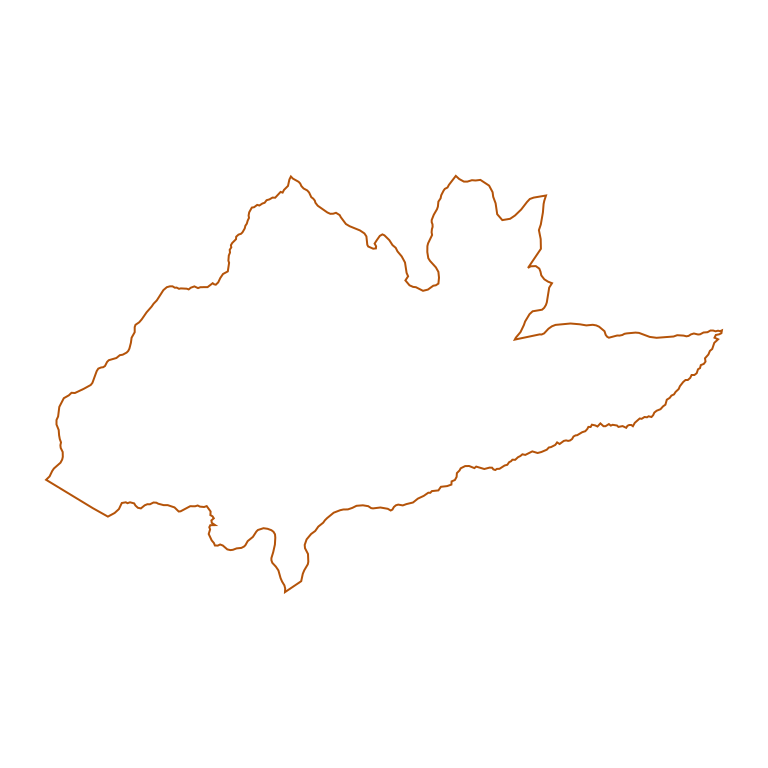 outline of Santa Carmem, Mato Grosso, Brazil
{"feature_id": "56859067B7371104164998", "entity_name": "Santa Carmem", "entity_type": "district", "adm_level": 2, "iso_a3": "BRA", "parent_name": "Brazil", "parent_adm1": "Mato Grosso", "projection": "natural_earth1", "projection_center": [-54.837, -11.947], "detail": "fine", "context": "isolated", "style": "outline", "palette": "amber", "viewbox_px": 768, "rotation_deg": 0, "n_neighbors": 0, "source": "geoboundaries", "source_scale": "gbopen_adm2", "svg_char_len": 6099}
<svg xmlns="http://www.w3.org/2000/svg" viewBox="0 0 768 768"><path d="M251.8,207.6L249.2,212.3L248.6,215.5L249.0,217.9L247.7,220.6L246.8,223.7L245.4,225.7L244.7,228.5L242.5,232.3L241.0,233.8L238.5,234.6L236.2,236.7L236.0,239.2L232.2,243.0L230.9,245.2L231.3,247.4L229.7,249.8L230.0,252.6L228.8,255.5L228.4,260.7L229.1,262.8L227.8,271.4L223.0,274.0L220.3,278.0L218.2,282.4L215.8,284.7L214.1,284.3L212.7,283.2L207.6,287.1L200.4,287.2L198.0,288.1L194.4,286.4L190.8,287.7L188.7,289.4L186.7,288.7L180.8,288.4L179.0,288.8L176.7,287.6L174.8,287.7L172.5,286.3L170.0,286.3L166.8,287.2L163.4,290.1L156.8,300.4L153.6,303.7L151.6,306.6L146.6,312.3L141.7,319.4L139.2,322.3L135.5,324.8L134.7,327.1L134.7,332.2L131.6,337.7L130.9,342.8L129.4,348.6L128.2,351.0L126.6,352.6L122.7,354.7L119.8,355.2L116.4,358.0L108.8,360.2L107.1,361.9L105.0,366.0L103.2,367.2L101.0,367.5L98.3,368.6L96.7,371.1L92.4,382.9L90.7,385.0L83.8,388.8L74.9,393.0L71.5,392.8L68.9,395.3L63.8,398.2L59.3,406.9L58.1,416.5L56.5,420.0L56.5,424.5L58.7,430.0L59.1,435.3L59.8,439.1L61.0,442.4L60.4,445.2L60.7,447.9L62.7,452.0L62.8,456.9L62.2,459.5L60.5,462.7L53.9,468.5L52.2,471.0L49.6,476.4L46.1,479.8L92.9,508.2L107.9,516.6L114.6,513.0L118.9,509.1L121.8,503.0L125.8,502.3L127.5,503.2L130.0,502.3L134.2,503.4L135.4,505.5L137.9,507.8L140.9,508.4L144.7,505.3L147.4,504.2L149.9,504.3L153.5,502.5L156.4,502.7L158.2,503.7L163.5,505.1L167.6,505.1L174.5,507.4L178.7,511.5L180.6,511.3L190.2,506.2L195.0,506.3L197.7,505.5L199.9,506.6L204.1,507.0L206.7,506.1L210.6,511.5L210.4,515.1L212.5,516.3L213.8,518.3L211.4,520.4L211.8,522.9L215.1,525.1L210.3,525.2L209.3,527.2L210.1,529.4L208.7,534.0L211.7,540.4L213.9,543.0L214.9,545.5L217.8,545.6L220.1,544.5L222.8,545.5L227.3,549.4L230.4,550.1L232.9,549.8L236.6,548.4L241.4,547.9L244.1,546.5L245.4,545.2L247.7,541.1L252.9,536.9L256.4,531.5L257.9,530.0L263.5,528.2L267.6,528.8L271.4,530.2L273.5,531.8L275.0,534.3L275.3,537.6L274.9,544.6L273.2,552.2L271.4,558.1L271.4,560.2L272.3,562.8L275.9,566.7L278.4,570.4L280.6,578.2L282.1,581.6L284.4,585.4L285.2,588.6L285.0,592.1L301.2,581.2L302.8,573.8L304.3,570.2L307.8,564.3L308.3,561.8L308.0,554.0L305.0,548.2L304.7,544.9L306.6,539.4L311.1,534.0L315.2,531.0L318.3,526.6L323.2,522.7L324.9,520.3L327.1,518.1L333.7,512.7L340.2,510.2L343.3,509.5L347.9,509.4L352.3,507.9L356.5,505.8L362.9,505.3L368.3,506.2L371.1,508.1L373.0,508.4L380.4,507.5L387.8,508.8L390.7,510.5L392.4,509.6L393.9,507.0L395.9,505.3L398.2,504.6L402.8,505.4L406.4,504.1L413.0,502.5L417.9,498.6L423.7,495.9L428.3,492.7L430.3,492.8L431.9,491.1L438.4,490.4L440.9,486.8L447.1,486.1L451.4,484.6L451.6,481.4L454.9,480.0L456.6,476.9L456.9,473.1L459.5,470.5L460.7,468.3L465.1,466.1L469.1,466.0L474.4,468.1L476.2,466.6L484.3,469.0L489.6,467.6L492.1,467.7L493.4,469.4L495.3,470.0L496.9,468.9L499.5,468.8L504.6,465.5L507.3,464.8L509.1,462.2L511.1,461.2L512.4,459.7L515.2,459.8L518.0,457.2L520.4,456.0L522.4,454.3L525.3,454.9L532.3,451.4L537.6,453.0L541.4,452.0L546.8,449.7L548.8,447.5L551.0,447.1L555.3,444.9L557.1,442.4L559.6,444.0L563.8,440.9L566.1,440.4L568.1,440.9L570.0,440.5L572.1,439.0L573.5,436.5L575.5,435.4L577.2,435.2L582.2,432.2L585.3,431.2L587.3,429.0L588.4,426.9L590.6,427.0L591.9,424.7L595.2,425.4L597.5,426.5L600.4,423.4L603.5,426.2L605.5,426.2L608.9,424.1L610.8,425.6L612.6,424.8L617.0,425.5L618.4,426.9L622.6,426.1L626.2,427.8L627.5,425.8L629.2,425.0L631.3,425.0L632.9,426.2L634.8,422.8L639.7,418.5L641.7,418.8L644.5,417.0L647.0,417.3L648.6,416.3L651.5,417.0L653.2,415.1L654.3,412.6L656.7,410.7L660.5,409.2L663.1,406.3L665.4,404.7L666.8,399.7L669.7,397.9L671.4,395.6L674.0,394.4L675.6,391.9L678.7,389.0L679.9,386.2L683.2,382.0L685.5,380.0L687.8,380.0L690.2,377.9L691.6,375.0L694.4,375.0L696.7,373.2L698.0,369.3L700.0,368.1L700.8,365.1L703.8,363.9L705.5,361.6L705.0,358.3L708.4,354.5L709.9,350.9L712.2,349.0L714.3,342.8L718.1,339.3L714.5,337.7L715.8,335.0L719.2,334.3L721.4,333.2L721.9,330.4L720.1,331.2L718.0,330.7L715.6,331.3L713.0,330.5L710.5,330.5L707.5,332.2L703.5,332.5L700.1,334.3L698.1,334.5L693.9,333.5L690.9,334.4L688.6,335.9L686.4,336.3L683.6,335.6L677.2,335.2L673.6,336.5L656.6,337.8L649.7,336.9L639.0,332.9L635.5,332.6L626.8,333.4L624.5,333.8L622.3,335.0L619.5,335.6L617.2,335.5L608.9,337.7L607.2,336.8L605.7,334.9L604.5,331.2L599.1,326.7L596.2,325.4L592.8,324.8L586.3,325.4L579.9,324.3L570.5,323.5L555.5,324.9L551.9,326.3L548.5,328.7L544.1,333.4L541.6,334.5L539.6,334.4L514.8,339.6L515.8,337.7L520.5,332.1L523.9,325.0L525.1,321.5L529.5,314.2L532.6,311.3L542.1,309.7L544.2,307.8L545.9,305.0L546.8,302.4L549.2,287.6L552.0,283.2L548.1,281.7L544.3,279.3L541.3,275.4L540.5,271.7L539.3,268.6L535.8,266.1L530.7,266.3L528.0,267.9L540.9,248.8L540.7,239.1L538.9,230.1L540.8,224.5L542.9,212.5L543.6,204.0L544.3,200.7L546.0,195.5L533.7,197.6L529.8,199.0L527.0,202.0L521.2,209.5L515.0,215.5L510.1,218.8L502.3,220.1L497.2,214.2L495.6,203.3L493.2,196.8L492.6,192.2L489.1,185.6L480.4,179.9L475.6,180.5L471.9,180.2L467.4,181.6L463.9,181.6L459.2,179.0L455.8,175.9L448.9,184.9L447.5,187.5L444.8,188.9L443.6,190.6L441.2,195.3L440.6,198.3L438.4,201.6L437.9,206.6L437.0,209.2L433.8,214.7L431.7,220.0L431.7,222.2L432.5,224.3L432.6,226.9L431.9,229.2L431.6,232.3L432.1,235.0L428.1,243.3L427.4,246.1L427.3,252.0L428.3,258.2L430.0,260.9L435.9,267.4L438.4,271.9L439.0,277.7L438.4,283.6L435.8,285.3L433.3,285.7L427.9,289.6L423.0,290.8L415.9,287.2L413.1,286.9L409.5,285.3L405.4,280.4L408.1,276.3L406.6,272.9L405.0,262.5L401.7,256.4L397.5,251.4L395.7,247.8L392.5,245.1L389.3,240.1L384.4,235.3L382.4,234.4L379.8,235.9L376.7,240.3L374.6,243.6L376.1,246.3L375.9,248.4L373.2,248.7L368.2,246.5L367.3,244.8L366.4,236.4L364.4,233.4L359.9,230.4L349.6,226.2L345.9,224.0L340.8,217.2L339.7,215.1L336.0,212.8L333.2,213.7L330.3,213.8L327.4,212.5L317.7,205.7L315.4,202.7L314.8,200.6L313.2,198.6L311.3,197.2L309.1,192.5L307.2,190.4L303.6,188.5L301.4,186.1L300.2,183.5L298.6,181.8L292.9,178.6L290.9,176.5L289.4,179.5L288.0,185.9L284.0,189.9L282.6,192.6L280.6,191.9L275.2,197.7L272.5,197.6L269.4,199.4L266.6,200.2L264.6,202.8L262.4,203.5L259.4,205.5L257.2,204.9L254.1,207.2L251.8,207.6Z" fill="none" stroke="#b45309" stroke-width="2"/></svg>